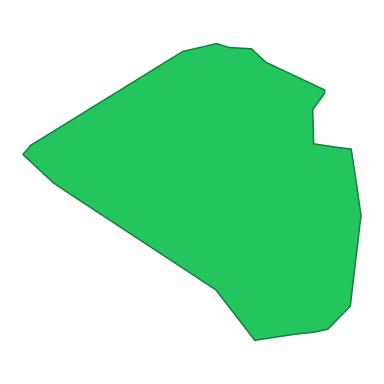 outline of Santa María Nativitas, Oaxaca, Mexico
{"feature_id": "50627088B15578912819987", "entity_name": "Santa María Nativitas", "entity_type": "district", "adm_level": 2, "iso_a3": "MEX", "parent_name": "Mexico", "parent_adm1": "Oaxaca", "projection": "albers", "projection_center": [-97.338, 17.644], "detail": "fine", "context": "isolated", "style": "filled", "palette": "green", "viewbox_px": 384, "rotation_deg": 0, "n_neighbors": 0, "source": "geoboundaries", "source_scale": "gbopen_adm2", "svg_char_len": 602}
<svg xmlns="http://www.w3.org/2000/svg" viewBox="0 0 384 384"><path d="M23.0,154.3L23.2,154.7L29.7,160.8L53.5,183.0L64.8,190.6L148.6,245.7L184.9,269.5L202.2,280.9L215.8,289.8L221.6,297.4L238.7,319.4L254.8,340.4L270.4,337.9L295.8,334.1L313.4,332.3L327.9,329.2L350.3,306.2L361.0,215.5L356.4,183.1L351.2,149.1L335.3,147.1L313.7,143.8L312.7,109.9L316.4,104.5L324.4,93.7L324.9,90.1L265.8,62.2L251.4,48.8L229.1,47.5L216.5,43.6L182.7,51.5L166.7,61.3L157.2,67.2L127.6,85.5L111.0,95.8L93.4,106.6L63.0,125.4L48.1,134.6L30.7,145.3L29.1,147.3L23.0,154.3Z" fill="#22c55e" stroke="#15803d" stroke-width="1.5"/></svg>